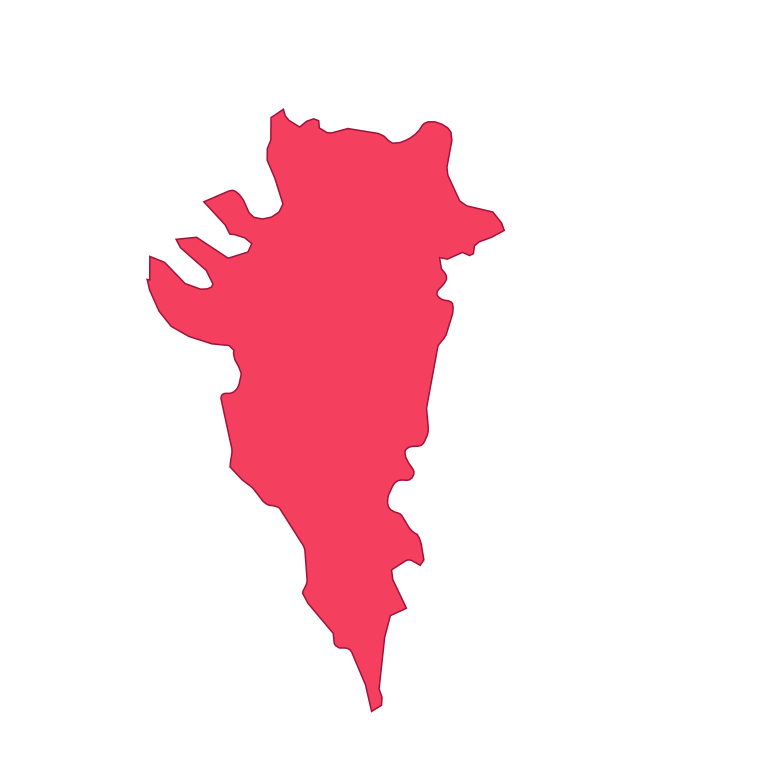 SVG path tracing the border of Mantova, rotated 65°
{"feature_id": "ITA-5446", "entity_name": "Mantova", "entity_type": "Province", "adm_level": 1, "iso_a3": "ITA", "parent_name": "Italy", "parent_adm1": "", "projection": "equal_earth", "projection_center": [10.802, 45.169], "detail": "fine", "context": "isolated", "style": "filled", "palette": "rose", "viewbox_px": 768, "rotation_deg": 65, "n_neighbors": 0, "source": "natural_earth", "source_scale": "10m", "svg_char_len": 2855}
<svg xmlns="http://www.w3.org/2000/svg" viewBox="0 0 768 768"><g transform="rotate(65 384 384)"><path d="M171.8,433.9L178.0,431.4L183.1,424.4L185.2,415.4L183.7,406.3L178.2,399.5L151.5,396.0L131.8,395.3L121.4,390.3L115.1,383.5L94.8,373.8L92.5,359.1L99.3,360.2L104.9,358.7L115.5,351.8L113.2,343.3L113.9,335.7L117.8,331.9L124.6,334.4L132.2,329.3L134.3,325.5L137.2,308.8L154.6,283.2L159.6,279.1L164.9,277.3L169.4,274.5L172.0,267.3L172.4,261.4L172.1,255.7L170.9,250.1L168.9,244.9L165.6,239.7L164.8,237.1L165.0,233.2L167.8,227.2L172.9,221.8L178.8,218.0L184.1,216.9L192.0,219.6L214.2,235.4L221.8,237.9L250.1,238.0L257.6,233.7L274.1,212.7L287.6,209.4L295.6,210.1L296.5,224.2L295.4,237.7L297.0,243.6L303.7,247.9L303.7,252.2L297.9,257.3L297.6,273.8L292.9,280.2L304.0,283.3L309.7,281.8L312.5,281.8L315.4,283.0L318.1,286.5L319.5,289.3L321.4,294.3L322.5,296.4L324.2,297.8L326.4,298.3L329.5,297.2L331.7,295.8L333.4,294.0L336.0,290.2L337.8,288.7L340.0,287.9L344.1,289.1L349.3,292.1L365.8,307.0L368.2,310.9L371.3,317.3L372.6,319.2L423.9,355.7L441.7,362.1L445.8,364.1L448.8,366.5L452.9,371.2L454.5,373.5L455.3,376.0L455.0,378.1L454.6,379.8L452.7,384.3L452.2,385.9L451.9,388.1L452.2,390.2L452.7,391.7L453.5,393.1L455.9,394.3L459.3,395.2L465.7,395.1L473.0,393.8L475.9,393.8L478.5,395.2L481.0,398.4L481.6,401.4L481.0,403.9L478.7,408.1L477.9,410.4L477.5,412.9L478.0,415.3L479.0,417.5L480.2,419.4L486.7,427.0L489.3,428.9L493.4,431.1L496.8,431.8L500.5,431.3L504.3,428.6L506.4,426.2L508.4,424.4L510.3,423.5L525.5,421.9L529.4,420.6L532.4,419.0L534.3,417.5L538.2,417.1L544.1,417.7L560.3,422.2L563.6,427.8L556.0,433.3L554.4,434.9L553.5,437.0L553.4,439.3L555.5,454.5L555.9,455.8L565.1,458.7L596.7,458.4L596.6,476.1L613.8,490.4L658.2,517.3L667.1,518.2L674.1,522.0L675.5,533.6L648.7,527.9L612.8,526.6L610.2,527.4L608.3,528.7L606.9,530.7L604.3,536.1L600.5,538.5L598.0,538.7L588.5,535.4L550.6,545.6L539.1,546.2L537.3,544.7L532.9,539.2L531.2,537.7L529.1,536.5L500.5,525.7L496.6,525.4L452.3,531.2L450.8,532.2L449.3,533.7L447.8,535.5L445.2,539.5L442.8,541.5L439.3,543.2L423.5,546.7L419.1,548.6L417.0,549.9L410.8,553.1L394.0,558.6L393.4,558.2L387.7,554.8L385.9,553.4L381.8,550.7L378.5,549.3L328.2,537.9L326.2,536.6L325.1,534.8L325.2,532.6L326.0,530.4L327.1,528.2L327.7,525.9L327.6,523.3L326.9,521.0L325.9,518.8L324.3,516.9L322.8,515.3L315.5,509.8L313.8,508.9L307.2,508.4L299.2,508.9L295.0,508.1L291.9,507.1L290.1,505.8L283.7,508.1L274.8,523.1L258.5,540.7L241.9,552.5L223.0,557.1L199.6,556.7L190.4,554.7L189.1,554.5L190.7,552.4L169.4,542.3L181.1,531.4L208.9,521.8L220.5,510.2L223.0,504.3L223.3,499.6L221.2,496.8L206.0,497.1L174.5,510.8L165.0,511.3L171.8,491.9L204.1,472.1L206.9,451.6L200.9,444.5L192.7,448.4L185.6,456.1L183.0,460.4L172.7,460.7L142.7,470.3L143.5,443.2L144.4,439.4L146.6,437.2L151.3,435.0L157.9,433.7L171.8,433.9Z" fill="#f43f5e" stroke="#9f1239" stroke-width="1.5"/></g></svg>